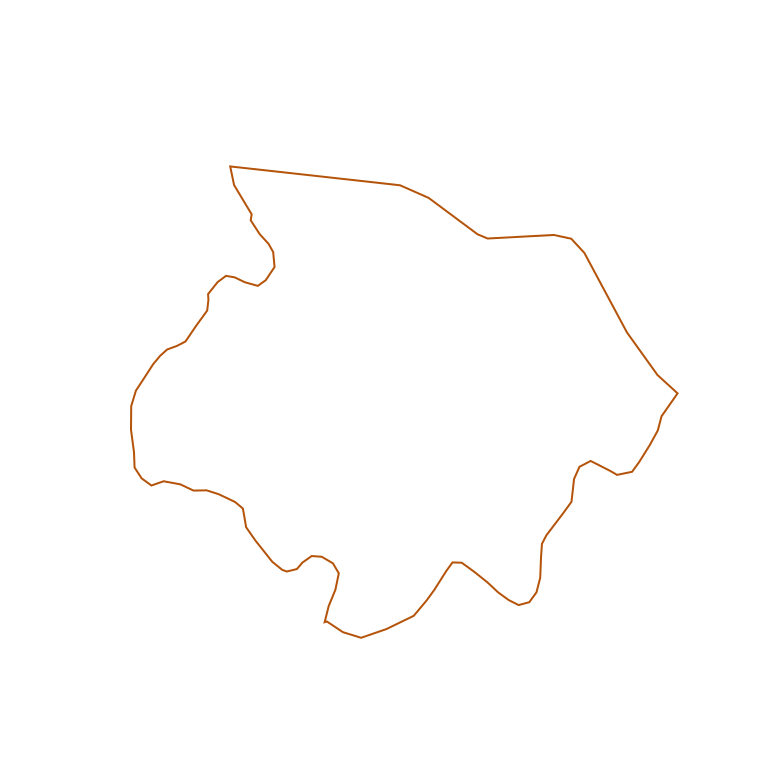 Staro Nagoričane, Natural Earth projection, rotated 36°
{"feature_id": "MKD-2910", "entity_name": "Staro Nagoričane", "entity_type": "Statistical Region", "adm_level": 1, "iso_a3": "MKD", "parent_name": "North Macedonia", "parent_adm1": "", "projection": "natural_earth1", "projection_center": [21.9, 42.216], "detail": "fine", "context": "isolated", "style": "outline", "palette": "amber", "viewbox_px": 768, "rotation_deg": 36, "n_neighbors": 0, "source": "natural_earth", "source_scale": "10m", "svg_char_len": 1353}
<svg xmlns="http://www.w3.org/2000/svg" viewBox="0 0 768 768"><g transform="rotate(36 384 384)"><path d="M450.1,156.4L469.1,160.2L550.3,199.5L600.0,216.0L627.0,219.0L627.5,247.0L632.8,260.6L634.9,277.0L636.3,297.0L636.3,309.2L626.0,320.5L617.8,321.4L596.4,324.8L590.8,336.1L593.6,349.2L600.5,361.3L604.9,369.1L604.9,383.9L604.3,410.8L605.7,420.4L612.7,431.6L624.3,449.0L629.8,462.9L629.8,475.1L622.9,483.7L611.9,485.5L598.9,485.5L594.1,484.9L584.4,483.7L567.1,482.9L551.9,482.9L544.3,488.1L544.3,498.5L545.7,521.1L545.7,534.1L544.3,554.1L529.9,581.0L514.6,602.8L496.7,608.9L477.4,609.7L476.0,611.6L469.8,596.2L465.6,579.0L458.7,563.7L448.1,559.1L435.1,560.4L426.6,565.7L423.0,576.3L422.3,584.9L415.6,592.8L410.9,594.2L398.1,593.5L371.9,586.2L356.6,580.9L349.9,574.3L343.0,567.7L332.9,567.0L315.1,570.3L303.0,574.3L292.5,582.2L278.2,584.9L262.9,592.2L255.5,602.8L243.4,602.8L231.3,598.2L221.9,586.2L206.2,569.7L192.5,550.5L187.2,535.2L186.3,516.7L185.6,504.1L186.3,492.8L188.3,483.5L194.1,474.9L198.4,466.3L197.8,447.1L197.8,428.5L192.6,419.3L188.8,414.6L189.5,399.4L192.6,389.4L200.5,385.5L211.5,383.5L224.2,378.8L227.3,369.6L226.7,353.7L216.8,342.4L208.3,338.5L195.3,335.8L179.9,329.9L177.2,324.5L145.8,311.2L131.7,298.4L280.2,213.8L310.8,207.2L371.6,207.9L382.3,205.4L433.8,163.6L450.1,156.4Z" fill="none" stroke="#b45309" stroke-width="2"/></g></svg>